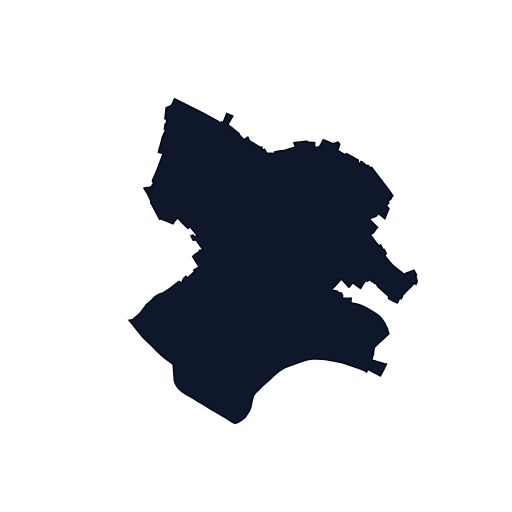 the district of Kim Dong, Hưng Yên, Vietnam, rotated 319°
{"feature_id": "81297802B31840185218616", "entity_name": "Kim Dong", "entity_type": "district", "adm_level": 2, "iso_a3": "VNM", "parent_name": "Vietnam", "parent_adm1": "Hưng Yên", "projection": "robinson", "projection_center": [106.041, 20.745], "detail": "fine", "context": "isolated", "style": "filled", "palette": "ink", "viewbox_px": 512, "rotation_deg": 319, "n_neighbors": 0, "source": "geoboundaries", "source_scale": "gbopen_adm2", "svg_char_len": 6140}
<svg xmlns="http://www.w3.org/2000/svg" viewBox="0 0 512 512"><g transform="rotate(319 256 256)"><path d="M270.1,100.1L271.0,101.2L269.5,102.0L267.9,102.8L266.0,103.6L264.7,104.3L263.7,104.7L262.8,105.2L258.6,108.2L257.2,109.2L256.3,109.7L254.8,110.6L252.0,112.5L250.4,113.7L253.1,117.8L238.9,125.5L232.9,128.5L228.3,130.6L227.3,131.2L226.9,131.7L226.7,132.1L226.5,133.4L226.4,134.5L225.4,134.2L224.8,134.2L224.2,134.4L223.7,134.7L223.2,134.9L222.5,134.9L222.0,134.8L221.3,134.6L220.4,134.2L219.5,133.6L217.6,132.1L215.9,131.4L215.6,133.0L214.8,138.5L212.5,146.0L212.0,146.2L211.6,146.6L211.4,147.1L210.8,150.1L208.4,160.5L207.3,165.0L208.4,165.4L210.5,169.4L212.6,173.5L214.4,177.2L217.8,176.3L221.8,175.7L222.1,182.6L222.6,188.9L222.8,190.6L225.4,190.6L225.3,195.2L225.0,202.6L221.9,200.7L222.3,199.0L221.6,198.7L220.4,198.2L220.2,198.1L219.5,200.4L218.9,202.9L221.2,204.4L220.5,211.8L220.2,216.7L217.0,214.6L216.7,215.6L213.8,215.2L212.4,214.9L210.8,214.8L207.9,214.8L207.7,215.9L207.0,219.8L206.7,221.4L206.4,223.5L206.1,225.3L205.7,227.1L203.8,226.5L202.1,226.1L199.7,225.9L199.6,227.4L198.9,227.4L189.8,227.6L189.8,225.3L188.5,225.5L186.7,225.5L184.8,226.2L183.2,227.2L182.4,227.4L182.1,227.4L181.7,227.0L181.7,226.7L181.7,226.2L181.6,225.6L181.5,225.1L181.2,224.7L180.8,224.5L179.6,224.5L174.9,224.3L170.5,224.0L166.7,223.6L161.1,222.8L159.3,221.8L157.0,221.1L154.6,220.6L153.0,220.5L151.0,220.5L149.6,220.6L148.7,220.9L141.3,220.8L140.0,221.1L138.4,221.7L136.2,221.9L131.6,223.0L128.1,223.2L124.1,223.0L121.5,223.2L120.0,222.5L118.0,221.2L118.0,224.6L117.8,229.7L117.6,234.1L117.3,242.6L117.6,247.1L117.8,249.3L118.2,252.3L118.6,258.1L118.7,260.8L118.9,263.8L119.2,265.6L119.3,268.1L119.8,271.2L120.4,274.8L121.5,279.0L122.1,281.9L122.1,283.7L121.3,284.9L119.6,287.1L114.6,293.9L113.1,295.7L112.0,297.7L111.1,300.6L110.6,304.1L110.8,306.8L111.0,308.9L111.4,310.8L113.0,316.2L114.3,319.5L115.8,324.1L116.7,327.6L118.6,332.7L121.2,341.4L122.2,344.3L123.4,347.8L127.0,358.3L127.9,361.7L128.8,364.6L129.8,367.7L131.2,369.0L133.5,369.8L137.1,370.4L139.6,370.6L142.1,370.6L143.9,370.1L146.9,369.2L150.0,368.4L154.1,365.9L157.2,363.3L162.1,359.9L163.9,359.4L166.1,358.9L169.8,358.8L175.1,358.3L177.4,358.3L181.4,358.3L184.8,358.3L188.8,358.1L191.6,357.9L193.6,358.1L196.9,358.0L201.0,358.6L202.3,358.7L204.2,359.1L206.8,360.0L213.5,362.6L218.6,364.5L224.6,367.0L228.6,369.1L231.2,370.9L234.3,373.6L238.6,377.7L241.3,380.7L243.2,383.1L248.0,389.1L250.5,392.4L252.7,395.8L254.5,399.0L259.9,408.3L261.7,411.6L262.7,414.0L263.0,415.0L263.2,416.1L266.1,415.0L271.2,428.1L273.9,427.1L277.4,425.8L280.0,424.6L283.5,423.2L282.7,422.2L280.4,418.7L278.4,415.7L277.3,413.7L275.0,410.5L277.1,409.0L278.5,408.1L279.8,407.5L280.6,406.9L281.2,406.0L285.5,402.6L289.9,402.4L292.7,402.2L297.7,402.2L301.4,402.0L305.2,401.9L306.3,399.4L307.2,397.7L307.6,396.5L308.1,394.5L308.8,392.4L309.1,391.1L309.5,388.0L309.7,385.9L309.7,384.3L309.7,383.4L309.5,381.5L309.2,380.0L308.4,377.0L307.7,374.9L306.3,370.5L305.6,368.4L304.9,366.6L303.3,362.9L301.8,360.1L300.9,358.8L299.2,356.6L296.8,353.6L300.2,350.3L297.3,347.9L293.5,344.7L295.7,342.3L295.0,341.3L296.3,340.2L293.9,337.3L294.5,336.4L293.4,334.7L292.0,333.0L290.6,330.7L291.9,330.7L294.7,330.7L299.6,330.1L303.0,329.7L305.4,329.3L305.4,332.2L305.5,336.7L305.6,340.6L306.7,340.5L311.4,339.6L312.5,344.6L313.6,349.1L316.1,348.3L318.1,347.6L320.0,347.1L321.4,347.0L322.7,347.0L323.5,346.9L323.5,348.0L325.3,348.3L325.8,348.5L326.1,348.7L326.5,349.3L326.7,351.3L326.8,351.6L327.2,351.8L327.4,352.1L327.3,353.0L327.5,353.8L327.9,354.9L328.6,356.6L328.8,356.9L328.8,357.2L328.7,357.3L328.4,357.4L327.9,357.8L327.9,358.9L328.1,360.9L328.6,364.8L329.1,369.1L329.6,372.5L329.7,373.1L329.5,373.5L329.1,374.0L328.2,374.8L328.2,375.1L328.7,376.8L330.2,380.5L331.6,383.8L331.8,384.1L332.1,384.1L332.5,384.0L335.6,382.5L336.1,382.4L336.6,382.2L337.5,383.5L340.2,382.5L340.0,381.7L343.8,381.7L345.5,381.3L348.8,381.1L350.3,381.1L354.2,380.8L357.6,380.3L358.1,382.4L359.9,381.5L360.4,381.3L361.0,380.9L361.2,380.5L362.8,377.5L363.7,375.4L364.7,375.7L365.5,372.5L365.9,370.3L361.4,368.7L358.3,367.5L356.7,367.2L355.7,367.2L355.3,364.2L354.2,358.6L353.1,352.5L353.1,347.6L353.4,340.4L353.8,340.4L354.1,339.6L355.8,339.7L356.5,337.9L357.0,334.9L355.9,334.5L356.8,331.6L357.3,329.4L355.5,329.3L355.5,324.8L356.1,316.4L356.2,314.9L359.8,315.5L361.0,315.3L364.0,314.5L366.5,314.1L366.1,309.0L365.9,305.4L365.8,302.2L372.4,304.7L377.0,304.4L376.6,305.3L376.6,306.6L377.1,308.7L377.7,312.4L387.5,307.4L387.3,304.5L387.3,303.4L391.1,303.1L391.3,301.3L393.8,301.4L395.9,301.4L396.1,300.5L398.7,300.5L399.3,296.4L399.8,290.7L400.1,285.2L400.5,279.8L401.1,269.3L401.4,266.0L401.4,265.0L400.2,265.0L400.0,261.1L399.0,261.5L397.6,253.9L397.4,253.6L396.9,253.7L396.4,253.8L395.8,254.2L395.1,254.4L394.7,254.5L394.2,254.5L394.4,253.5L394.9,251.9L395.2,251.4L395.5,251.0L396.1,250.7L395.7,249.7L394.8,247.1L391.5,238.1L389.9,238.3L388.4,234.7L387.4,231.3L387.1,229.8L392.4,226.7L392.8,224.3L392.4,223.7L390.6,223.1L387.7,221.7L384.2,214.4L383.3,212.9L382.9,212.4L378.7,214.1L375.0,215.2L371.6,212.4L373.2,210.4L374.7,208.9L371.9,206.2L370.1,204.3L369.3,203.5L369.8,202.9L369.0,202.2L363.8,198.7L362.2,197.5L358.9,195.4L357.4,199.7L352.8,197.6L347.5,195.3L345.8,194.6L343.7,192.7L342.3,191.9L338.3,189.7L337.4,190.9L335.0,188.6L331.5,185.5L332.5,181.0L330.1,180.3L330.9,179.1L331.8,177.8L330.8,176.6L330.2,175.7L329.8,174.7L329.1,172.2L328.1,169.2L327.0,166.1L326.8,164.8L326.9,163.8L327.3,162.6L327.7,161.5L327.8,160.9L325.8,160.6L323.1,160.4L323.1,159.0L323.0,156.3L322.9,153.7L323.5,152.7L323.0,149.7L322.1,144.0L322.0,143.2L321.3,143.3L321.0,142.5L321.7,142.3L320.8,138.4L330.3,135.2L327.4,129.2L326.8,129.6L322.6,131.7L321.2,132.5L318.7,133.6L318.1,132.3L317.3,132.5L317.1,132.5L316.8,132.4L315.1,127.7L313.5,123.3L310.6,115.5L308.9,111.1L305.7,103.4L302.4,95.3L300.7,91.3L297.7,83.9L295.6,84.8L293.6,85.8L292.2,86.4L291.3,86.7L290.0,86.7L288.2,86.1L285.6,85.2L285.0,85.5L283.0,87.4L279.6,90.6L277.3,92.6L278.3,94.2L275.9,96.6L274.7,97.7L274.1,96.8L272.1,98.4L270.1,100.1Z" fill="#0f172a" stroke="#020617" stroke-width="1.5"/></g></svg>